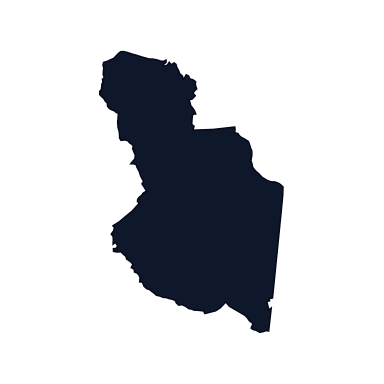 Goioerê, Paraná, Brazil, rotated 77°
{"feature_id": "56859067B5093920016557", "entity_name": "Goioerê", "entity_type": "district", "adm_level": 2, "iso_a3": "BRA", "parent_name": "Brazil", "parent_adm1": "Paraná", "projection": "orthographic", "projection_center": [-53.086, -24.172], "detail": "fine", "context": "isolated", "style": "filled", "palette": "ink", "viewbox_px": 384, "rotation_deg": 77, "n_neighbors": 0, "source": "geoboundaries", "source_scale": "gbopen_adm2", "svg_char_len": 2794}
<svg xmlns="http://www.w3.org/2000/svg" viewBox="0 0 384 384"><g transform="rotate(77 192 192)"><path d="M44.8,241.5L45.6,245.0L45.8,248.9L48.2,250.2L51.5,250.1L54.8,251.3L57.8,252.1L60.8,251.7L62.0,253.9L64.7,254.0L66.8,255.6L68.9,256.2L71.7,257.2L73.3,259.3L76.2,260.0L78.7,258.6L81.0,256.9L83.8,256.1L86.3,254.5L89.4,255.0L91.9,253.8L93.5,252.2L95.2,249.6L97.6,247.8L98.9,245.9L101.1,246.8L104.3,247.7L106.9,248.7L109.9,249.1L112.8,249.6L116.5,249.3L119.7,249.7L123.2,250.4L125.7,249.6L126.2,245.6L127.5,243.1L130.1,241.7L131.9,240.0L133.9,238.8L136.4,240.1L140.2,239.5L143.1,238.9L146.8,240.1L148.8,242.9L150.7,245.3L151.5,242.3L152.8,240.2L155.2,240.1L157.3,239.6L160.6,238.7L164.6,238.5L168.7,237.4L170.8,236.7L172.8,238.9L177.1,237.3L180.9,236.1L182.0,239.6L184.0,241.9L184.9,244.1L186.7,246.4L188.9,247.3L191.1,246.0L197.2,254.6L200.3,261.0L203.4,267.0L204.7,269.5L207.1,276.6L209.3,275.6L212.1,277.0L214.9,280.2L217.2,278.9L219.8,279.2L225.1,280.6L223.9,277.9L227.9,276.5L230.0,278.8L229.5,281.3L232.2,281.8L233.6,278.6L234.2,274.7L237.1,272.9L239.9,270.8L242.6,270.8L246.2,267.4L249.3,265.9L252.0,268.2L254.3,265.7L257.1,266.0L258.7,263.6L261.1,262.3L263.8,261.9L267.8,263.2L268.7,260.6L273.1,259.9L276.1,257.8L277.4,255.4L280.2,253.2L282.4,251.4L284.6,249.9L286.1,246.7L288.3,243.6L289.1,240.6L290.5,238.7L291.7,236.0L293.7,232.9L296.7,232.1L299.3,230.4L299.5,227.0L302.1,223.8L305.0,221.2L306.1,218.5L307.7,216.3L308.3,213.7L309.3,210.8L310.5,207.5L313.3,206.8L313.1,195.8L311.2,190.5L306.8,183.8L311.7,181.3L324.2,168.0L326.9,166.4L330.1,165.2L334.0,162.1L337.9,165.0L339.9,163.2L341.1,160.7L343.9,157.6L344.1,154.4L343.7,151.0L344.7,148.6L322.9,140.9L324.2,143.7L319.0,143.7L315.5,143.7L315.5,141.0L313.3,141.0L313.4,137.4L262.1,120.0L232.0,109.8L221.2,106.2L215.9,104.4L207.6,102.2L204.8,104.0L203.2,105.5L200.9,108.8L199.9,112.6L198.7,114.6L197.0,116.8L193.6,120.3L190.9,121.9L188.7,123.2L186.8,124.7L184.6,126.0L181.4,127.4L177.6,127.2L174.9,127.6L172.4,126.6L170.4,125.7L167.9,125.0L165.2,124.5L163.0,125.0L159.6,125.2L155.5,125.7L152.0,129.1L149.5,132.0L147.5,133.4L145.5,134.0L143.7,137.2L140.9,136.0L138.3,135.7L135.8,157.3L132.0,177.1L128.3,175.2L126.2,177.1L121.8,175.8L118.7,174.8L116.5,173.8L116.8,170.8L113.0,171.4L110.2,172.5L107.7,173.8L104.3,173.8L101.6,174.3L101.5,171.1L99.0,167.2L95.7,168.8L93.8,166.4L92.6,164.2L88.6,164.7L85.3,163.7L82.7,166.0L81.6,168.5L78.1,169.3L76.5,171.3L78.9,173.4L80.1,175.5L76.9,175.2L73.9,177.4L70.8,177.7L67.2,178.8L64.0,178.9L62.2,180.4L63.4,183.7L60.5,185.0L62.8,187.4L63.2,191.0L61.0,190.9L59.9,188.1L57.6,187.7L58.3,190.4L57.4,193.2L55.6,196.0L53.5,200.6L52.8,203.7L49.1,210.6L45.8,216.1L44.3,219.0L41.0,224.5L39.6,227.6L39.3,230.0L40.4,232.4L44.3,238.3L44.8,241.5Z" fill="#0f172a" stroke="#020617" stroke-width="1.5"/></g></svg>